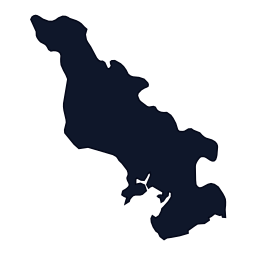 Kyōto, Albers equal-area conic projection, rotated 181°
{"feature_id": "JPN-1850", "entity_name": "Kyōto", "entity_type": "Urban Prefecture", "adm_level": 1, "iso_a3": "JPN", "parent_name": "Japan", "parent_adm1": "", "projection": "albers", "projection_center": [135.379, 35.234], "detail": "fine", "context": "isolated", "style": "filled", "palette": "ink", "viewbox_px": 256, "rotation_deg": 181, "n_neighbors": 0, "source": "natural_earth", "source_scale": "10m", "svg_char_len": 2945}
<svg xmlns="http://www.w3.org/2000/svg" viewBox="0 0 256 256"><g transform="rotate(181 128 128)"><path d="M29.0,40.4L31.9,40.6L32.6,43.0L34.8,42.3L37.8,43.3L39.7,44.0L43.1,41.2L44.1,40.6L45.8,39.9L45.2,37.3L49.9,34.0L53.8,33.7L56.8,33.4L59.5,31.6L66.3,26.6L66.1,23.9L74.5,21.3L82.8,19.6L87.2,18.9L90.0,17.1L94.0,20.1L95.8,23.8L98.3,25.5L101.0,29.6L102.9,34.3L103.3,37.9L102.1,40.7L98.7,38.5L95.3,40.9L93.2,45.3L92.6,48.0L90.9,49.7L86.2,55.2L83.4,59.8L83.4,63.9L84.7,65.0L86.5,64.7L86.8,61.1L89.1,59.3L91.3,55.8L93.5,54.4L94.4,58.6L96.4,59.4L97.3,60.3L95.8,61.4L94.1,61.5L92.1,61.3L91.9,64.6L102.5,70.6L104.9,69.5L106.3,68.3L108.2,71.6L107.2,74.4L106.4,76.3L104.8,80.2L104.5,81.8L105.4,84.2L107.3,82.7L108.9,79.3L111.0,76.0L114.0,76.2L118.1,78.2L119.4,77.0L119.4,71.8L114.6,72.9L110.6,71.2L108.6,65.6L112.5,62.1L114.6,61.4L119.5,61.3L121.7,60.6L123.4,58.9L125.0,56.8L125.6,54.6L129.6,52.0L128.8,55.3L127.8,58.5L130.8,59.7L132.9,61.1L132.2,64.3L131.8,65.1L129.5,66.4L127.8,67.7L126.0,69.6L125.6,71.5L126.3,73.5L127.3,75.3L128.0,77.3L128.0,78.4L126.9,81.2L127.0,83.2L127.9,85.9L133.3,92.7L136.3,95.5L137.6,97.6L139.0,99.4L142.5,101.3L167.6,108.2L176.7,106.7L181.6,110.9L191.0,122.0L191.3,125.0L189.6,132.5L189.9,135.2L192.2,144.6L192.7,148.2L192.7,151.4L189.1,175.2L189.1,176.1L190.9,180.3L193.3,184.5L195.8,189.9L196.2,192.9L196.3,195.9L196.1,199.1L196.7,201.1L197.5,202.3L199.2,203.5L201.4,204.1L204.0,204.2L206.4,203.7L208.6,205.1L209.8,207.4L211.1,209.3L212.6,210.5L216.9,212.7L218.8,214.7L220.3,216.9L221.1,218.9L221.3,222.9L227.0,234.9L225.8,237.3L224.2,238.4L222.4,238.9L220.8,238.6L218.4,237.4L215.0,235.2L209.3,233.2L205.5,233.2L202.2,234.6L199.3,236.8L195.3,238.5L192.4,238.4L189.9,237.4L188.4,236.4L181.6,234.2L178.9,232.9L176.6,231.3L173.6,228.2L171.0,226.0L172.4,220.7L171.3,215.4L170.0,213.0L166.9,208.5L160.7,197.3L158.6,195.0L156.4,194.1L154.6,194.3L152.5,193.0L149.9,187.5L148.5,186.7L147.2,187.4L146.2,188.8L145.6,190.3L146.4,191.9L146.7,193.8L145.5,194.9L142.4,195.1L136.6,192.0L133.6,189.3L131.1,185.9L128.9,181.7L126.5,179.9L124.1,179.1L117.9,178.6L112.8,177.0L109.2,173.4L108.6,172.0L108.7,170.3L110.0,169.4L112.2,168.5L115.4,166.5L118.5,163.2L119.2,160.6L118.4,158.4L117.2,155.8L115.5,154.2L109.5,149.8L107.4,149.1L102.9,149.9L101.1,149.2L99.8,146.8L97.8,145.1L95.3,144.2L92.6,143.9L89.5,144.1L85.5,141.4L83.3,138.5L80.5,133.4L78.4,127.0L77.3,125.9L76.4,125.4L73.0,125.3L71.2,125.7L67.5,128.0L64.7,128.2L62.5,126.7L56.2,124.3L54.0,121.9L51.9,120.2L50.0,119.1L44.1,117.4L41.0,115.7L39.3,113.9L38.5,112.1L38.3,110.6L38.8,102.6L39.2,100.4L40.0,98.0L41.4,96.7L43.2,96.6L45.5,97.6L49.2,100.0L50.8,100.7L52.2,100.9L54.2,100.8L55.7,100.0L56.9,98.6L58.1,96.9L59.2,94.9L60.0,92.7L60.2,90.5L59.7,77.0L59.2,72.6L57.7,70.4L55.8,69.3L53.9,69.4L52.2,70.1L46.9,73.0L44.0,73.8L40.6,73.0L36.8,70.5L32.3,64.0L30.6,60.9L29.6,58.5L29.3,55.8L29.3,52.1L29.5,50.1L29.6,47.8L29.0,40.4Z" fill="#0f172a" stroke="#020617" stroke-width="1.5"/></g></svg>